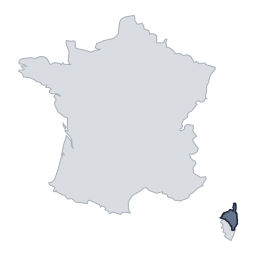 France, with Haute-Corse highlighted
{"feature_id": "FRA-5297", "entity_name": "Haute-Corse", "entity_type": "Metropolitan department", "adm_level": 1, "iso_a3": "FRA", "parent_name": "France", "parent_adm1": "", "projection": "albers", "projection_center": [9.18, 42.426], "detail": "fine", "context": "in_parent", "style": "filled", "palette": "slate", "viewbox_px": 256, "rotation_deg": 0, "n_neighbors": 0, "source": "natural_earth", "source_scale": "10m", "svg_char_len": 5479}
<svg xmlns="http://www.w3.org/2000/svg" viewBox="0 0 256 256"><path d="M206.7,98.5L204.8,99.5L203.6,101.6L202.4,102.0L200.2,102.0L199.2,100.7L196.6,101.4L195.5,102.8L197.0,104.4L191.6,111.0L188.2,112.7L187.4,117.1L183.3,120.2L181.7,123.7L181.6,124.4L182.5,125.5L182.0,127.8L180.0,129.2L179.9,130.6L180.5,130.9L183.6,129.8L184.8,128.5L184.3,126.6L187.4,124.5L192.9,125.2L193.4,128.2L192.7,130.7L196.5,136.3L193.0,138.8L192.7,140.4L196.1,146.0L198.3,148.3L197.0,152.0L193.1,154.3L190.7,154.0L189.7,154.6L189.7,155.7L191.3,159.1L195.4,161.4L195.9,163.9L194.8,164.8L192.8,168.6L193.5,170.5L193.2,171.3L193.6,172.6L194.6,173.9L200.3,177.3L205.6,176.8L206.2,178.7L202.9,183.6L203.0,185.8L201.4,185.8L201.1,186.6L197.8,188.2L192.4,193.1L189.9,194.5L188.9,197.1L187.4,198.4L179.7,201.1L178.3,200.4L174.6,200.3L172.4,198.4L168.0,197.0L166.7,194.3L162.6,193.6L162.5,191.8L156.6,193.2L148.6,190.3L146.0,187.5L143.6,188.1L141.3,190.3L132.2,195.8L128.3,201.9L128.4,209.4L130.2,213.1L124.8,212.2L121.5,213.0L120.6,214.5L113.1,212.1L110.2,213.4L109.4,213.2L108.5,211.6L105.0,209.5L105.6,208.3L105.2,207.2L101.8,206.0L100.5,207.0L99.4,204.7L89.9,200.4L88.3,200.3L87.3,203.5L81.0,202.8L80.2,202.1L76.1,202.4L72.1,198.8L67.2,198.8L64.7,195.3L61.9,194.7L58.0,192.6L56.3,191.5L56.2,190.6L54.8,191.9L53.4,191.3L53.1,190.9L54.3,189.2L54.8,187.2L50.0,185.0L48.8,183.4L48.9,182.6L51.7,182.2L54.5,179.7L58.0,169.6L61.2,157.5L62.7,155.4L64.3,154.9L63.3,153.1L61.5,155.1L63.8,144.0L66.5,135.8L70.2,139.7L71.0,141.3L71.6,146.5L73.6,148.9L72.4,146.7L71.7,139.8L71.0,137.8L65.2,131.4L65.1,130.1L67.9,131.2L67.2,126.8L67.7,118.0L63.9,116.6L58.2,112.1L54.8,104.9L54.6,102.3L56.1,99.8L55.4,98.0L53.7,96.6L55.4,94.5L56.7,94.5L60.9,96.3L57.6,93.7L51.7,93.7L49.5,92.6L49.3,91.0L51.1,89.2L49.3,87.6L46.0,87.5L45.6,86.9L46.8,85.6L46.1,84.9L43.3,85.1L41.8,84.4L40.6,82.5L36.3,81.5L35.5,80.4L29.7,77.6L23.4,76.9L22.2,73.4L18.6,71.2L19.6,70.2L23.5,69.9L24.4,69.1L21.9,67.3L21.1,65.8L26.2,66.3L24.2,64.5L19.2,63.8L18.9,61.7L19.9,59.8L23.0,58.5L30.4,57.7L35.6,58.4L39.6,56.7L43.3,56.6L46.6,58.2L50.4,64.6L54.5,62.6L60.0,63.4L61.0,65.0L62.8,62.6L63.8,64.2L70.6,64.6L69.2,63.4L68.2,60.8L69.1,51.8L66.5,44.9L66.0,42.4L66.4,40.4L70.4,41.3L73.8,40.8L75.3,41.7L75.2,45.9L76.3,48.5L85.4,50.3L90.6,52.2L95.3,50.3L99.6,49.7L100.0,49.2L97.6,49.2L95.5,47.9L95.3,46.8L96.8,43.6L103.6,40.7L113.2,38.5L115.8,36.7L118.8,33.3L118.3,32.3L119.6,22.3L121.3,19.1L125.0,17.0L134.1,15.4L134.9,18.6L134.7,20.4L136.9,23.4L138.0,24.4L142.0,23.2L143.7,25.9L144.0,28.9L148.7,30.5L149.8,34.4L150.7,33.6L153.7,34.0L155.1,34.4L156.9,36.2L156.2,38.5L157.0,39.7L156.0,41.8L156.5,42.7L162.0,43.0L163.7,42.1L164.6,40.0L166.3,38.9L166.9,39.3L165.7,43.2L166.4,44.3L166.6,47.2L168.7,47.5L172.6,49.9L175.9,53.9L180.1,53.4L183.4,55.7L186.9,54.7L190.1,56.0L191.2,57.1L194.1,62.5L196.4,61.5L198.1,62.2L198.6,63.7L204.8,63.0L205.9,64.5L207.2,65.1L215.1,67.2L215.2,69.2L210.5,74.8L208.3,82.9L206.9,85.6L206.4,87.7L206.7,89.1L206.5,91.3L205.4,96.6L205.9,98.2L206.7,98.5ZM236.0,208.1L235.5,211.5L236.8,213.9L237.2,223.6L234.7,228.2L234.2,233.9L231.0,240.6L226.0,237.6L224.5,236.0L225.9,233.4L223.0,232.0L223.7,229.5L223.4,228.3L221.4,228.1L221.3,227.5L222.8,225.6L222.8,224.3L220.9,222.8L220.5,221.5L222.4,220.0L221.6,218.7L220.5,218.3L223.1,214.0L224.8,212.6L228.6,211.4L230.2,209.8L232.7,210.7L233.2,210.2L234.0,203.3L234.9,203.2L235.7,204.1L236.0,208.1ZM66.0,127.2L65.2,129.1L63.2,125.4L63.1,123.4L66.0,127.2Z" fill="#d9dde1" stroke="#a8b0b8" stroke-width="1"/><path d="M220.6,217.8L220.8,217.7L221.1,217.7L221.2,217.4L221.2,217.2L221.3,217.1L221.4,216.9L222.0,216.8L222.1,216.7L222.2,216.2L222.4,215.9L222.4,215.7L222.1,215.6L222.1,215.4L222.3,214.9L222.5,214.6L222.8,214.5L223.1,214.4L223.0,214.2L223.1,213.7L223.0,213.3L223.2,213.6L223.5,213.4L223.7,213.5L223.8,213.7L224.0,213.8L224.3,213.7L224.5,213.5L224.6,213.2L224.7,212.8L224.6,212.7L225.2,212.6L226.3,212.1L228.2,211.7L228.7,211.4L228.8,211.0L229.7,209.9L229.9,209.8L230.3,209.7L230.7,209.7L230.9,209.8L231.0,209.8L231.9,210.0L232.2,210.2L232.3,210.3L232.5,210.5L232.7,211.1L232.8,211.1L233.4,210.1L233.7,209.4L233.5,208.9L233.6,208.5L233.5,208.1L233.3,207.7L233.0,207.3L233.5,206.7L233.4,206.3L233.4,206.1L233.4,205.9L233.6,205.7L233.9,205.3L233.9,205.2L233.9,204.8L233.8,204.6L233.7,204.3L233.6,203.9L233.7,203.6L234.0,203.4L234.7,203.4L235.0,203.3L235.2,203.6L235.4,203.7L235.7,203.9L235.7,204.1L235.5,204.5L235.6,204.8L235.8,205.0L235.7,205.4L236.0,207.5L236.0,208.2L235.5,210.3L235.5,210.6L235.5,210.9L235.5,211.6L235.4,211.7L235.4,211.8L235.4,212.0L235.5,212.0L235.7,212.4L235.7,212.5L235.7,212.8L235.8,212.9L235.8,213.1L235.9,213.3L236.1,213.4L236.5,213.6L236.5,213.3L236.4,213.1L236.1,212.5L236.6,213.3L236.8,213.6L236.9,214.1L236.8,215.4L236.9,216.1L237.1,216.6L237.0,216.9L236.9,217.2L236.9,217.6L236.9,218.0L237.0,218.5L237.3,219.4L237.4,219.8L237.2,222.7L237.4,223.2L237.3,223.4L237.3,223.8L237.3,224.0L237.1,224.2L236.7,224.6L236.5,224.9L236.2,225.5L235.1,227.2L234.8,227.4L234.7,227.6L234.7,228.4L234.6,229.8L234.3,229.7L233.9,229.8L233.2,230.4L232.9,230.3L231.7,229.9L232.0,229.1L232.0,228.7L231.9,228.3L231.6,227.5L231.6,226.2L231.6,225.9L230.7,226.0L230.5,225.9L230.3,225.4L230.2,224.7L230.1,224.3L228.9,223.0L228.8,222.7L228.7,222.1L228.6,221.9L228.2,221.8L227.8,221.7L226.0,220.4L225.8,220.1L225.6,219.2L225.4,219.1L224.8,219.2L223.0,218.7L221.6,218.0L220.9,217.9L220.6,217.8ZM235.6,211.7L236.0,212.4L235.9,212.4L235.6,211.7Z" fill="#64748b" stroke="#1e293b" stroke-width="1.5"/></svg>